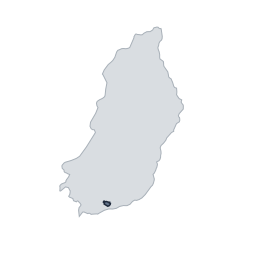 where Nagykanizsa sits in Hungary, rotated 305°
{"feature_id": "HUN-4911", "entity_name": "Nagykanizsa", "entity_type": "Urban county", "adm_level": 1, "iso_a3": "HUN", "parent_name": "Hungary", "parent_adm1": "", "projection": "natural_earth1", "projection_center": [16.987, 46.469], "detail": "fine", "context": "in_parent", "style": "filled", "palette": "slate", "viewbox_px": 256, "rotation_deg": 305, "n_neighbors": 0, "source": "natural_earth", "source_scale": "10m", "svg_char_len": 2810}
<svg xmlns="http://www.w3.org/2000/svg" viewBox="0 0 256 256"><g transform="rotate(305 128 128)"><path d="M206.0,80.6L208.8,80.3L209.6,80.6L210.1,82.3L210.9,83.6L211.6,85.1L212.6,86.2L214.8,86.7L217.7,88.2L219.6,90.8L222.4,92.0L222.6,92.0L223.1,91.9L225.1,91.8L225.5,92.3L227.1,93.6L227.8,94.8L227.5,96.0L227.8,97.4L228.4,97.9L227.7,98.8L222.7,103.5L220.7,104.7L219.3,105.0L217.2,104.5L215.0,104.8L213.1,105.8L211.3,106.2L210.0,107.3L208.2,109.9L206.1,112.0L204.0,113.4L202.9,114.6L202.8,118.7L201.6,119.9L200.0,121.1L199.1,122.1L196.8,128.4L194.9,130.4L193.2,132.0L192.9,133.4L193.0,135.0L191.0,138.3L188.4,141.6L187.9,143.0L188.5,144.9L186.0,147.0L184.5,148.0L183.3,148.5L182.6,149.8L181.4,153.1L181.7,154.6L181.8,155.9L179.7,156.7L179.0,158.2L178.5,160.0L177.6,160.8L175.2,162.4L169.1,161.7L166.9,162.2L166.2,163.3L166.1,164.2L165.3,165.0L164.0,166.0L162.5,166.5L159.4,165.2L152.6,166.5L151.4,167.4L150.5,166.8L149.0,166.2L142.2,165.4L139.6,166.0L136.0,165.8L132.6,165.1L130.2,165.7L128.0,168.2L126.9,169.1L126.1,169.7L124.2,170.5L122.7,171.5L120.6,172.2L118.7,172.1L117.0,170.9L116.3,171.2L115.8,172.2L114.9,173.1L112.2,174.2L111.6,174.2L111.4,174.2L109.4,174.9L106.1,175.4L104.4,175.1L101.4,178.7L100.5,179.3L97.6,180.4L95.2,180.9L93.2,180.5L92.4,180.5L83.4,180.3L78.7,179.5L75.7,178.1L73.7,176.6L72.7,174.8L70.4,173.8L66.7,173.4L63.8,171.7L61.8,168.7L59.0,166.2L55.5,164.5L52.8,161.9L50.7,158.7L47.0,155.8L41.7,153.2L40.1,152.6L39.8,151.8L37.2,148.5L36.1,147.3L36.2,145.7L35.7,144.8L34.8,144.2L34.3,141.9L34.0,140.2L33.2,139.1L27.6,138.8L32.3,134.7L34.7,133.6L37.4,133.8L38.3,133.4L38.5,132.8L39.0,131.5L39.2,130.2L39.5,129.0L39.2,128.3L37.9,128.1L37.2,125.2L37.9,124.1L38.6,123.3L37.8,119.8L38.0,118.6L40.2,118.4L41.9,117.6L43.4,116.7L43.8,115.6L45.0,113.4L43.9,110.6L37.7,108.9L37.4,108.2L38.8,107.4L40.4,106.3L41.3,105.4L42.4,105.3L44.1,105.7L47.1,107.7L48.2,108.0L49.3,107.4L50.5,107.3L53.8,107.4L56.5,106.9L55.9,104.8L55.9,103.3L55.4,102.0L55.7,100.7L56.9,99.6L57.2,97.3L58.9,95.7L59.7,95.4L62.8,95.7L63.5,96.1L63.9,96.2L68.8,100.1L73.4,103.1L77.1,104.6L82.6,104.7L88.5,104.8L98.3,104.3L105.6,103.9L106.1,103.2L107.2,101.4L106.3,99.9L106.3,98.2L107.6,95.9L111.2,94.0L121.5,93.1L127.5,91.7L128.4,89.8L130.3,87.9L132.1,87.5L134.6,88.4L137.6,90.1L140.2,90.9L141.8,90.4L147.0,87.5L153.0,84.8L157.1,77.3L157.5,76.1L162.0,75.2L168.6,75.4L172.0,76.3L174.5,76.8L178.3,76.7L183.8,75.1L185.8,75.1L187.4,76.2L189.2,77.2L190.3,78.4L191.3,80.1L191.7,80.8L192.5,81.6L193.9,82.8L195.3,83.2L205.4,81.1L206.0,80.6Z" fill="#d9dde1" stroke="#a8b0b8" stroke-width="1"/><path d="M54.4,150.3L54.7,151.9L55.5,152.6L55.8,154.0L56.6,155.5L55.9,155.7L56.2,156.8L55.0,157.3L53.5,157.1L52.3,156.3L52.2,154.6L52.1,153.1L52.1,152.0L53.0,151.8L53.2,150.3L54.4,150.3Z" fill="#64748b" stroke="#1e293b" stroke-width="1.5"/></g></svg>